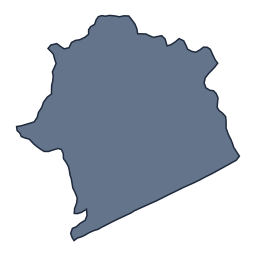 Volta Grande, Minas Gerais, Brazil (Robinson projection)
{"feature_id": "56859067B41040973074583", "entity_name": "Volta Grande", "entity_type": "district", "adm_level": 2, "iso_a3": "BRA", "parent_name": "Brazil", "parent_adm1": "Minas Gerais", "projection": "robinson", "projection_center": [-42.568, -21.764], "detail": "fine", "context": "isolated", "style": "filled", "palette": "slate", "viewbox_px": 256, "rotation_deg": 0, "n_neighbors": 0, "source": "geoboundaries", "source_scale": "gbopen_adm2", "svg_char_len": 1862}
<svg xmlns="http://www.w3.org/2000/svg" viewBox="0 0 256 256"><path d="M74.0,240.6L77.5,238.0L81.7,236.7L85.2,235.0L89.2,232.6L94.0,230.5L97.9,229.4L101.9,227.1L106.5,224.8L112.3,221.8L117.4,219.3L126.8,214.9L130.5,213.2L134.7,210.6L142.2,207.2L150.2,203.6L156.9,200.6L168.2,194.9L174.6,191.8L183.3,187.5L194.5,182.5L199.8,179.9L204.8,177.2L211.7,173.8L236.3,160.2L239.4,156.2L236.1,151.1L233.7,147.3L232.3,143.0L230.7,139.1L228.4,134.6L226.1,128.1L226.1,121.9L225.7,116.8L222.6,113.2L219.1,110.5L217.1,107.3L217.5,103.0L218.0,97.7L216.0,93.3L213.4,90.7L209.9,90.3L205.9,87.8L204.1,82.9L205.3,77.7L208.7,73.4L211.6,70.5L214.5,67.4L217.7,63.2L215.1,59.7L212.7,54.7L210.3,49.3L207.3,47.3L203.5,47.1L200.2,49.7L195.8,52.2L191.8,51.4L187.6,49.2L186.1,45.6L183.7,40.8L179.1,38.6L175.4,41.8L171.1,44.6L167.1,45.9L165.1,39.0L161.7,35.7L157.5,36.5L153.5,37.4L149.9,35.9L146.0,34.0L141.6,33.8L137.7,33.8L136.8,28.6L134.9,24.0L132.1,20.2L128.8,16.0L124.0,15.8L119.5,16.8L115.3,16.0L109.8,15.4L105.2,16.2L101.8,15.6L98.3,16.7L96.2,19.7L94.6,24.4L90.7,26.6L88.6,29.7L88.6,34.2L85.2,37.1L79.9,39.7L75.5,40.4L71.5,42.5L68.9,47.8L64.1,48.8L61.2,46.9L56.7,43.6L50.8,45.0L48.0,48.5L50.8,51.3L53.3,54.1L54.6,58.9L56.1,63.5L54.2,67.8L52.4,71.9L53.2,75.9L52.7,81.2L51.7,85.0L51.5,89.2L51.5,93.9L47.3,97.1L43.5,102.2L41.8,107.3L38.5,112.4L37.2,117.4L34.1,121.9L28.6,123.6L24.2,124.9L20.8,125.9L16.6,126.5L17.1,130.6L19.8,133.0L21.3,136.5L24.4,137.8L29.3,139.2L33.9,144.1L37.6,147.1L40.9,149.4L44.0,151.4L48.4,151.5L53.0,150.0L58.1,148.5L61.4,149.5L63.2,153.4L63.5,158.7L66.3,162.6L68.4,166.5L69.3,170.3L70.0,174.9L71.3,178.8L72.0,183.0L72.8,187.9L75.3,193.0L77.2,197.9L76.6,203.2L74.6,208.5L74.2,213.4L77.7,213.6L81.6,212.3L86.5,209.2L87.0,215.5L85.2,220.2L80.2,223.3L76.2,226.8L72.4,228.4L70.7,233.3L72.0,237.3L74.0,240.6Z" fill="#64748b" stroke="#1e293b" stroke-width="1.5"/></svg>